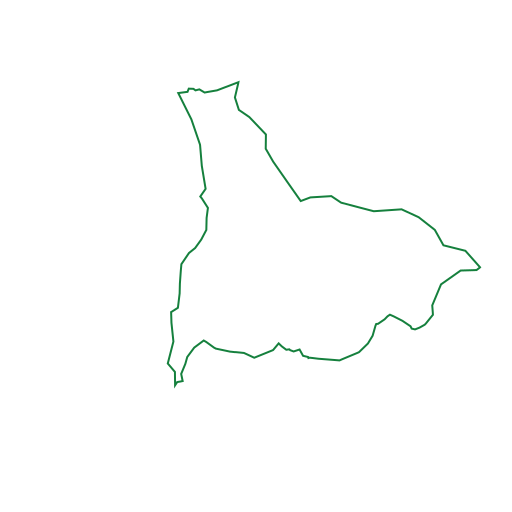 the district of Sam Gbalor, River Cess, Liberia, rotated 44°
{"feature_id": "62588387B40614732140726", "entity_name": "Sam Gbalor", "entity_type": "district", "adm_level": 2, "iso_a3": "LBR", "parent_name": "Liberia", "parent_adm1": "River Cess", "projection": "natural_earth1", "projection_center": [-9.418, 5.385], "detail": "fine", "context": "isolated", "style": "outline", "palette": "green", "viewbox_px": 512, "rotation_deg": 44, "n_neighbors": 0, "source": "geoboundaries", "source_scale": "gbopen_adm2", "svg_char_len": 1767}
<svg xmlns="http://www.w3.org/2000/svg" viewBox="0 0 512 512"><g transform="rotate(44 256 256)"><path d="M123.6,144.7L122.6,143.2L121.3,146.0L117.8,153.5L116.5,156.2L112.9,163.9L107.7,171.0L107.4,171.4L105.5,174.1L99.5,175.5L97.4,178.9L94.9,179.2L91.4,182.3L92.7,185.5L86.9,192.8L114.6,202.6L138.2,214.7L139.0,215.3L154.4,228.8L173.1,242.7L174.6,251.9L177.1,252.2L188.0,254.8L194.0,262.9L202.2,271.8L202.4,272.6L205.2,282.2L206.7,292.6L205.7,300.4L208.0,313.7L212.2,318.9L220.4,328.7L227.1,336.0L235.8,347.5L233.9,355.3L241.6,362.8L256.0,374.9L267.2,394.6L278.2,395.7L287.6,405.2L286.9,401.5L287.7,400.3L288.9,398.7L290.1,396.9L284.1,392.8L280.1,382.7L276.7,376.4L275.2,364.8L277.1,353.1L280.0,352.4L289.9,351.0L290.3,350.8L291.3,350.6L294.2,348.8L300.1,345.1L303.8,342.8L304.0,342.6L307.5,339.9L308.1,339.3L314.7,334.1L318.4,332.8L325.1,330.5L325.4,330.4L333.6,311.9L333.6,311.2L333.5,310.0L333.0,303.1L337.3,303.1L342.9,302.4L344.8,300.0L346.0,300.0L349.4,298.5L352.3,293.0L359.2,295.1L363.6,292.5L364.6,293.0L365.2,291.9L367.4,290.2L372.2,286.6L384.2,276.7L388.6,273.1L389.5,270.9L389.7,270.4L396.4,254.9L396.9,253.6L397.3,241.2L395.3,232.5L395.3,232.4L390.4,223.2L389.7,221.4L390.9,220.0L392.5,212.2L392.5,208.0L393.1,205.2L396.9,203.8L406.4,200.9L416.0,199.2L418.4,200.1L421.4,198.3L423.4,193.9L425.1,188.2L425.1,186.5L424.4,178.9L424.1,175.4L422.6,174.0L417.1,169.1L408.8,147.9L413.3,124.3L422.1,115.3L424.4,112.9L425.0,109.2L425.0,108.5L403.0,106.8L383.4,118.1L374.8,115.5L366.5,113.0L346.1,115.1L328.3,121.3L309.6,142.0L297.7,148.7L280.2,158.5L268.6,160.6L254.4,176.1L250.0,185.4L227.2,181.0L202.8,176.2L190.7,172.7L188.5,172.1L180.8,163.9L178.7,161.7L154.7,160.7L142.2,162.8L130.7,156.6L123.6,144.7Z" fill="none" stroke="#15803d" stroke-width="2"/></g></svg>